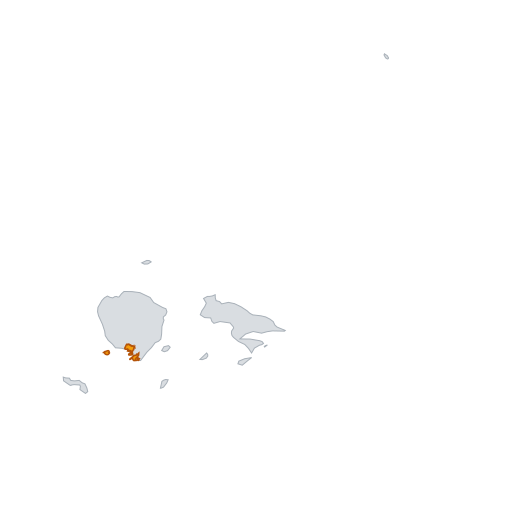 Rewa, Central, Fiji shown in context, rotated 51°
{"feature_id": "14151628B39642918357252", "entity_name": "Rewa", "entity_type": "district", "adm_level": 2, "iso_a3": "FJI", "parent_name": "Fiji", "parent_adm1": "Central", "projection": "equal_earth", "projection_center": [178.419, -18.226], "detail": "fine", "context": "in_parent", "style": "filled", "palette": "amber", "viewbox_px": 512, "rotation_deg": 51, "n_neighbors": 0, "source": "geoboundaries", "source_scale": "gbopen_adm2", "svg_char_len": 6248}
<svg xmlns="http://www.w3.org/2000/svg" viewBox="0 0 512 512"><g transform="rotate(51 256 256)"><path d="M245.0,363.3L245.0,366.3L246.5,367.6L247.9,367.8L251.6,373.5L257.3,378.5L260.7,382.3L260.9,385.5L259.9,388.9L261.4,395.0L262.1,401.4L264.6,411.5L261.0,413.4L255.4,413.6L254.1,415.4L252.2,414.4L247.6,415.2L243.1,418.5L238.9,423.0L234.1,423.0L228.6,423.9L223.1,423.3L219.2,420.9L212.4,418.3L203.4,416.0L199.6,414.2L196.5,411.2L193.6,403.8L193.1,400.2L193.6,396.7L196.2,395.5L198.4,393.7L198.7,391.4L199.7,389.8L201.0,389.2L201.6,388.1L200.7,384.4L200.5,380.9L205.7,374.7L211.4,369.3L221.6,364.4L227.8,364.8L237.2,361.0L240.3,359.2L243.3,360.3L245.0,363.3ZM332.3,281.2L324.6,290.3L321.8,295.0L319.5,300.2L312.9,305.7L310.1,313.2L310.3,320.7L316.9,312.8L324.2,306.4L326.4,305.1L328.7,305.2L328.5,307.4L327.5,309.5L326.6,315.2L328.6,320.5L323.1,320.0L317.7,320.4L311.4,323.4L305.1,324.7L302.7,324.7L300.5,323.7L299.0,322.2L297.9,318.7L296.7,318.2L291.7,318.3L284.3,325.2L281.8,331.1L279.0,331.4L275.6,330.2L271.5,334.7L266.6,336.3L264.5,332.5L263.1,327.8L261.4,324.3L256.0,323.5L256.8,319.3L258.2,317.5L259.6,315.0L260.4,312.1L262.9,314.0L265.6,315.1L268.5,313.0L271.6,312.8L274.7,306.6L279.5,302.7L286.1,299.6L292.9,297.4L296.4,296.9L299.7,295.6L305.6,289.8L309.5,286.8L313.8,284.9L317.8,283.9L321.6,284.8L324.6,284.3L332.3,280.1L332.3,281.2ZM255.5,472.1L255.5,475.0L249.0,476.9L246.8,474.5L245.4,474.1L241.5,478.3L240.4,480.1L240.0,481.4L239.1,482.0L231.9,484.1L228.8,482.0L230.9,480.7L233.5,477.9L236.1,478.3L238.8,475.7L241.4,471.7L245.1,470.9L247.7,469.4L252.1,470.5L255.5,472.1ZM332.2,335.4L328.4,337.9L326.9,335.5L328.7,329.5L332.2,323.3L332.1,328.3L332.2,335.4ZM299.0,412.9L298.6,413.5L294.2,408.0L294.4,405.9L295.1,404.0L296.9,402.2L298.5,405.3L299.7,410.4L299.0,412.9ZM272.7,387.5L270.1,388.8L268.6,384.6L270.6,380.4L272.9,380.1L273.9,384.3L272.7,387.5ZM302.8,362.9L301.1,364.7L300.3,355.4L302.1,355.5L303.4,356.4L304.1,358.8L302.8,362.9ZM192.0,347.9L189.4,349.1L190.7,343.7L192.2,342.0L193.1,341.6L194.6,341.2L194.1,345.1L192.0,347.9ZM185.6,29.9L183.6,30.6L180.3,30.0L179.7,28.9L180.7,28.7L182.8,27.9L185.4,28.3L185.9,29.0L185.6,29.9ZM332.2,306.6L331.6,306.6L331.5,305.3L332.3,303.1L332.2,306.6Z" fill="#d9dde1" stroke="#a8b0b8" stroke-width="1"/><path d="M245.6,416.3L246.3,416.1L247.0,415.3L247.3,414.4L247.7,414.2L248.0,414.2L248.2,414.3L248.3,414.3L248.3,414.6L248.4,414.8L248.5,414.9L248.7,415.0L248.8,415.2L249.0,415.6L249.9,414.9L249.9,414.7L250.0,414.7L250.2,414.4L250.2,414.2L250.3,414.0L250.3,413.9L250.2,413.9L250.0,413.7L249.9,413.7L250.2,413.5L250.4,413.5L250.5,413.3L250.4,413.2L250.5,413.1L250.6,413.3L250.7,413.2L250.9,413.4L250.9,413.5L251.0,413.5L251.3,413.7L251.6,413.7L251.7,413.9L251.8,414.0L251.8,413.8L251.9,413.7L252.1,413.7L252.3,413.8L252.5,414.1L252.5,414.3L252.4,414.3L252.5,414.4L252.3,414.8L252.2,415.2L252.3,415.2L252.2,415.4L252.1,415.6L252.1,415.8L252.1,416.3L252.2,416.7L252.3,416.8L252.5,417.0L252.8,417.1L253.1,417.0L253.2,416.7L253.6,416.4L253.8,416.2L254.0,415.7L254.1,415.4L254.2,415.2L254.6,414.8L254.8,414.6L254.8,414.4L254.7,414.2L254.4,414.0L254.3,413.8L254.4,413.6L254.3,413.4L254.1,413.3L254.0,413.2L253.9,413.3L253.9,413.2L252.7,412.8L252.7,412.6L252.6,412.4L252.5,412.5L252.4,412.3L252.2,412.4L252.2,412.2L252.0,411.9L252.1,411.7L252.1,411.8L252.2,411.7L252.0,411.4L251.9,411.1L251.8,410.8L251.8,410.7L251.9,410.2L251.8,409.9L251.4,409.8L251.3,409.7L251.2,409.5L251.0,409.3L250.9,409.2L250.8,408.9L250.7,408.8L250.8,408.8L250.8,408.6L250.7,408.5L250.8,408.4L250.7,408.4L250.5,408.0L250.6,407.8L250.6,407.3L250.6,407.0L250.5,407.4L250.4,407.5L250.5,407.6L250.2,407.6L250.0,407.4L250.0,407.6L249.9,407.6L249.8,407.8L249.6,407.9L249.4,407.8L249.5,408.0L249.4,408.1L249.2,408.2L249.2,408.4L249.1,408.2L248.9,408.3L248.7,408.5L248.6,408.4L248.4,408.6L248.3,408.8L248.1,409.0L248.1,408.9L248.0,409.0L247.7,409.0L247.4,409.1L247.5,409.3L247.4,409.3L247.4,409.2L247.3,409.3L247.2,409.3L247.0,409.5L246.9,409.5L246.6,409.6L246.4,409.8L246.2,409.7L246.1,409.9L245.9,409.9L245.9,410.0L245.7,410.1L245.7,409.9L245.5,410.0L245.3,410.2L245.4,410.3L245.1,410.4L244.9,410.3L244.9,410.2L244.7,410.3L244.6,410.2L244.4,410.2L244.3,410.4L244.3,410.6L244.2,410.7L244.1,410.8L244.0,411.0L243.9,411.2L244.0,411.2L244.1,411.4L244.1,411.5L243.8,411.4L243.7,411.5L243.4,411.7L243.4,411.8L243.2,412.1L243.7,413.4L244.4,414.6L244.6,414.8L244.5,415.2L244.8,415.5L244.9,415.8L245.0,415.8L245.1,416.0L245.3,416.1L245.5,416.3L245.6,416.3ZM263.2,412.7L262.9,412.7L262.7,412.6L262.7,412.4L262.8,412.3L262.7,412.2L262.6,411.9L262.5,411.7L262.4,411.8L262.4,411.7L262.2,411.8L261.9,411.8L261.9,411.7L261.8,411.8L261.5,411.7L261.3,411.6L261.0,411.8L260.9,411.9L260.8,412.0L260.7,412.1L260.6,412.3L260.4,412.3L260.3,412.2L260.2,412.0L260.0,411.7L259.9,411.6L259.7,411.6L259.4,411.3L259.5,410.8L259.5,410.5L259.4,410.1L259.2,409.6L258.7,409.2L258.2,408.7L257.9,408.4L257.7,408.3L257.6,408.2L257.6,408.3L257.7,408.6L257.7,408.9L257.9,409.1L258.2,409.3L258.3,409.4L258.3,409.5L258.2,409.5L258.0,410.0L257.3,410.4L257.2,410.4L257.2,410.5L257.4,410.6L257.6,410.7L257.6,410.9L257.6,411.3L257.5,412.0L257.3,412.2L257.1,412.3L257.1,412.5L256.9,412.8L256.8,413.0L256.7,413.1L256.4,413.3L256.4,413.8L256.5,414.2L256.8,414.3L256.7,414.9L256.6,416.7L256.7,417.2L256.6,417.7L256.7,419.0L256.9,419.1L257.0,419.1L257.2,418.8L257.2,418.5L257.2,417.9L257.6,417.1L257.8,416.3L258.5,416.7L258.9,416.7L259.6,416.9L260.1,416.8L260.5,416.7L261.0,416.0L260.9,415.9L260.7,415.5L260.7,415.0L261.0,415.2L261.5,415.2L261.8,415.0L261.8,414.8L262.0,413.6L261.7,413.0L261.9,413.1L262.1,413.1L262.6,413.4L262.7,413.5L262.8,413.5L262.9,413.4L263.0,413.3L263.1,413.2L263.2,412.7ZM259.9,413.3L259.9,413.1L259.8,412.8L259.8,412.7L260.1,412.8L260.2,413.0L259.9,413.3L259.9,413.3ZM238.4,430.7L238.2,430.5L238.0,430.3L237.2,430.2L236.9,430.1L236.7,430.3L236.1,431.1L236.1,431.4L235.9,431.7L235.8,432.0L235.7,432.4L235.7,432.9L235.8,433.1L235.6,433.2L235.3,433.2L235.2,433.4L235.1,433.8L235.2,434.3L235.4,434.7L235.9,434.9L237.0,434.9L237.6,434.8L238.5,434.3L239.3,433.4L239.5,432.7L239.4,431.9L239.3,431.2L239.0,430.8L238.7,430.8L238.4,431.0L238.4,430.7ZM234.7,435.5L234.7,435.4L234.5,435.5L234.7,435.5Z" fill="#f59e0b" stroke="#b45309" stroke-width="1.5"/></g></svg>